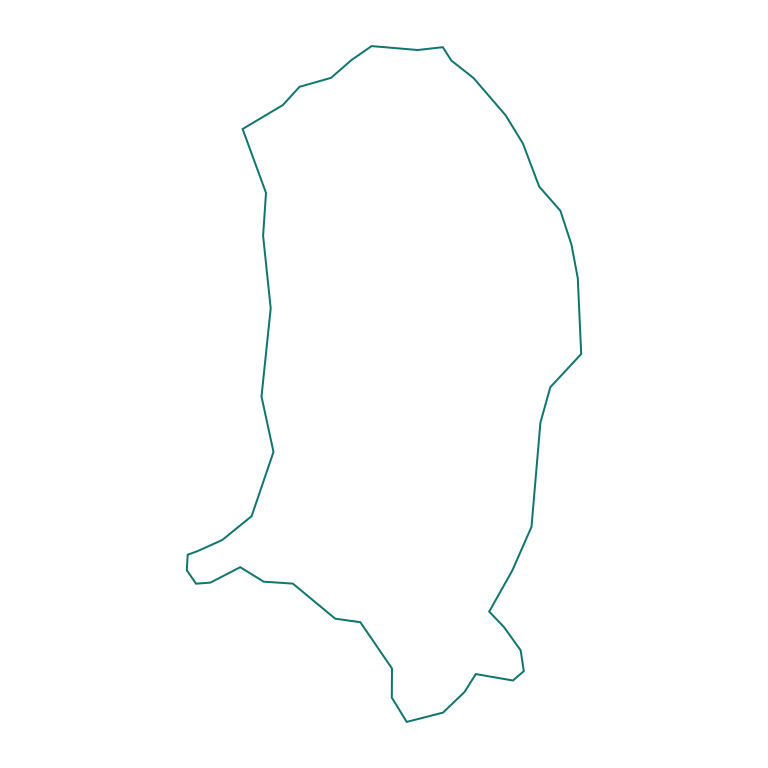 outline of Mefou-et-Akono, Centre, Cameroon
{"feature_id": "32672807B65731125326388", "entity_name": "Mefou-et-Akono", "entity_type": "district", "adm_level": 2, "iso_a3": "CMR", "parent_name": "Cameroon", "parent_adm1": "Centre", "projection": "robinson", "projection_center": [11.352, 3.593], "detail": "fine", "context": "isolated", "style": "outline", "palette": "teal", "viewbox_px": 768, "rotation_deg": 0, "n_neighbors": 0, "source": "geoboundaries", "source_scale": "gbopen_adm2", "svg_char_len": 755}
<svg xmlns="http://www.w3.org/2000/svg" viewBox="0 0 768 768"><path d="M242.6,129.0L250.8,151.4L266.0,192.9L263.1,235.7L270.7,308.4L261.5,396.6L273.5,451.9L251.6,516.2L222.2,540.0L197.4,551.2L187.7,554.7L186.8,570.3L196.1,583.7L210.4,582.6L240.2,567.2L263.7,581.7L292.8,583.6L335.2,618.7L360.3,622.2L392.0,668.5L391.8,697.6L406.7,721.9L438.3,713.8L443.0,712.6L464.5,692.0L475.8,674.1L512.9,680.5L523.8,671.2L520.7,650.4L504.0,627.1L489.2,611.6L512.3,570.5L531.5,526.8L539.6,432.0L540.4,422.7L550.3,387.2L581.2,354.0L577.8,278.3L571.4,244.4L560.4,210.8L539.2,186.6L522.9,143.5L505.6,115.3L473.5,78.0L451.4,60.6L442.8,47.2L417.7,50.0L371.6,46.1L351.5,60.0L331.1,77.8L299.5,86.8L282.9,105.0L242.6,129.0Z" fill="none" stroke="#0f766e" stroke-width="2"/></svg>